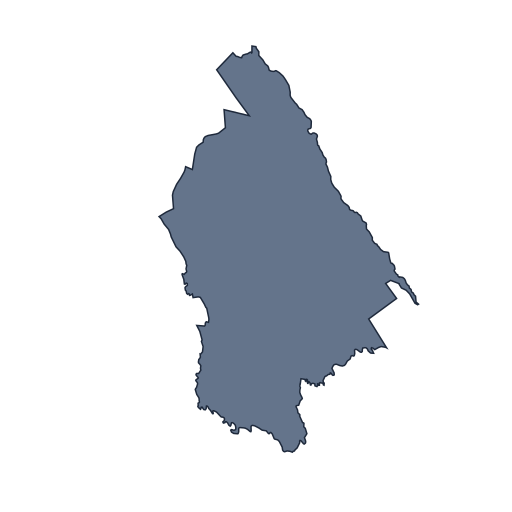 outline of Jeru pag., Rujienas, Latvia, rotated 242°
{"feature_id": "27541924B27109633258340", "entity_name": "Jeru pag.", "entity_type": "district", "adm_level": 2, "iso_a3": "LVA", "parent_name": "Latvia", "parent_adm1": "Rujienas", "projection": "equal_earth", "projection_center": [25.326, 57.845], "detail": "fine", "context": "isolated", "style": "filled", "palette": "slate", "viewbox_px": 512, "rotation_deg": 242, "n_neighbors": 0, "source": "geoboundaries", "source_scale": "gbopen_adm2", "svg_char_len": 6128}
<svg xmlns="http://www.w3.org/2000/svg" viewBox="0 0 512 512"><g transform="rotate(242 256 256)"><path d="M137.2,376.9L140.2,375.7L145.6,378.0L147.6,377.3L149.4,377.5L150.8,376.7L151.6,376.6L153.7,377.2L155.6,376.4L157.7,377.0L159.4,376.2L161.8,375.9L164.4,376.4L166.3,376.3L168.2,375.5L170.2,372.9L169.9,372.6L170.3,372.3L172.0,371.9L172.8,372.3L174.0,371.5L177.9,371.0L178.7,371.5L179.2,372.6L182.2,373.5L183.1,373.5L185.6,372.8L185.9,372.1L186.3,371.9L187.2,371.9L190.5,372.6L196.5,374.6L197.2,374.4L200.0,370.6L203.2,369.1L206.6,368.7L208.2,368.1L209.5,368.3L211.5,366.7L215.3,366.1L217.7,367.4L224.1,367.3L227.9,366.2L231.0,367.6L232.0,368.4L233.5,368.7L236.8,366.6L238.1,366.6L242.1,367.3L245.2,365.9L246.6,365.8L247.5,365.1L247.9,363.8L248.4,363.4L250.2,363.1L251.0,362.4L251.8,361.3L253.1,360.5L255.3,361.1L257.3,360.8L262.0,358.5L266.1,357.9L267.2,358.1L268.5,359.0L269.4,359.2L274.5,359.1L280.0,357.4L284.8,357.1L288.5,357.9L291.1,359.4L296.9,359.8L300.9,360.8L304.4,360.9L305.4,361.7L305.9,362.4L308.3,363.2L309.8,363.3L311.1,362.7L313.8,362.5L316.3,363.0L320.5,362.6L323.9,363.1L324.7,362.5L325.6,362.7L327.4,363.5L330.9,364.3L332.9,366.4L334.0,366.8L335.6,366.4L337.4,365.0L337.9,363.8L337.6,362.0L338.1,361.4L339.5,360.5L342.0,360.4L342.9,360.8L343.6,361.8L343.1,364.0L343.7,365.0L348.8,368.0L349.9,368.2L352.0,367.9L354.4,366.3L357.9,365.6L360.3,365.8L363.6,365.4L366.6,363.4L370.9,363.1L372.7,362.4L379.8,361.2L381.9,361.6L384.6,363.1L391.2,365.1L397.9,364.8L402.2,364.3L407.0,362.6L410.1,360.8L410.5,360.1L410.4,359.2L410.6,358.4L411.6,356.8L412.5,355.8L413.9,354.9L416.9,355.6L418.3,355.6L421.3,354.3L426.0,354.1L431.7,352.6L435.0,354.4L439.2,353.8L440.9,354.2L443.3,351.0L437.5,347.9L437.3,347.5L438.5,347.1L438.7,346.1L438.5,343.2L438.9,342.3L439.5,339.0L438.8,337.5L437.8,336.4L439.0,334.8L440.8,333.4L441.6,332.2L446.3,331.0L438.9,308.7L404.9,312.7L383.0,315.9L400.2,296.5L383.6,289.2L382.0,280.6L382.4,278.2L384.9,270.3L385.2,267.2L384.5,265.4L383.4,264.1L381.3,262.8L380.9,257.9L379.9,254.6L374.8,249.8L362.2,240.4L367.9,235.8L365.5,233.8L363.9,232.0L360.0,225.9L356.6,219.6L351.7,213.2L348.9,210.8L336.5,205.4L336.9,197.4L336.3,188.9L333.5,189.7L327.2,189.9L320.5,191.3L315.5,190.8L312.7,190.1L301.6,189.7L295.9,191.2L289.1,191.8L284.2,191.5L281.9,190.6L280.3,190.5L277.5,188.2L274.8,187.5L274.2,186.8L274.2,185.7L273.5,184.0L274.9,182.8L274.9,182.4L274.3,182.0L269.3,181.3L264.9,179.6L264.4,180.1L264.9,181.5L264.8,181.8L263.9,182.4L262.3,181.6L261.9,179.3L261.3,178.4L259.0,177.6L257.8,177.9L255.5,177.2L254.3,177.7L254.5,178.8L254.1,179.2L252.4,178.8L252.2,179.4L252.3,182.0L248.8,180.9L247.0,185.9L245.6,187.4L238.0,187.8L234.1,187.6L233.1,188.0L223.7,185.3L222.2,184.7L219.7,182.9L221.3,181.2L220.6,179.8L218.7,178.6L218.3,177.7L222.5,171.1L215.8,171.0L207.2,169.0L206.2,167.7L200.9,166.8L196.4,163.7L195.3,160.8L195.6,160.6L192.8,159.4L191.8,157.9L191.6,157.0L189.5,155.4L188.6,155.1L186.4,155.7L184.9,155.7L183.0,154.3L181.1,153.7L179.2,150.2L180.1,148.6L180.0,148.0L179.7,147.5L178.7,147.2L175.6,147.9L175.2,147.5L174.9,145.1L174.6,144.5L173.7,144.4L171.7,144.8L170.5,144.4L167.8,141.7L167.2,140.4L166.6,139.7L161.6,138.7L157.8,139.0L156.5,138.7L155.2,138.0L153.6,137.5L153.2,137.0L153.3,135.9L153.0,135.6L151.1,134.8L150.7,134.1L149.4,134.0L146.7,135.0L146.9,135.5L148.2,136.6L147.8,137.5L145.3,137.7L144.8,137.9L144.0,139.0L144.6,140.3L146.8,141.8L146.6,142.3L145.3,142.8L143.5,142.7L141.2,143.3L137.2,143.6L136.9,144.0L137.1,144.4L139.2,144.9L139.5,145.4L139.1,146.2L136.7,147.9L130.5,149.6L129.9,150.1L129.3,151.1L128.0,151.9L126.9,151.7L125.8,150.8L125.3,149.9L125.2,149.0L124.5,148.7L123.8,148.8L123.4,150.2L124.0,151.4L123.6,152.0L122.0,152.6L119.4,152.6L117.9,153.3L118.2,154.2L120.3,156.1L119.9,157.0L118.7,157.7L117.0,158.2L115.9,158.2L113.9,157.6L112.6,156.8L112.3,155.9L112.5,154.6L114.1,153.1L114.3,152.5L114.0,151.9L112.0,151.7L109.8,153.0L107.7,156.2L107.6,156.8L108.9,158.2L111.8,159.8L112.2,160.5L112.1,161.2L110.0,164.5L108.9,165.8L107.0,167.1L103.8,168.4L103.3,168.9L103.8,169.6L107.7,171.5L108.2,172.2L108.2,173.2L107.0,174.8L106.0,175.6L102.8,177.8L99.4,179.6L96.8,183.0L93.6,183.6L93.0,184.0L92.9,184.5L93.5,185.8L93.0,186.4L91.3,186.8L86.2,186.3L85.5,186.6L83.5,188.8L81.3,189.5L75.0,189.4L72.2,188.4L70.6,188.6L69.7,189.4L69.3,191.9L67.7,194.2L65.7,196.0L66.1,197.2L65.8,198.4L66.5,199.5L67.2,202.2L70.6,206.9L72.2,207.7L72.5,208.3L71.7,209.0L67.9,209.8L67.3,210.3L67.6,211.8L68.5,212.6L69.6,213.0L72.9,213.5L75.2,217.5L80.7,218.6L82.8,218.0L85.8,219.8L86.4,219.6L87.0,218.9L94.3,219.4L94.8,220.0L95.4,220.2L97.9,219.4L100.6,220.4L104.1,220.6L104.8,221.1L104.8,221.7L104.2,223.6L107.4,227.1L108.0,229.2L108.5,230.0L109.7,230.2L112.3,230.2L115.0,230.6L117.2,231.9L118.9,233.4L120.3,233.5L122.2,234.7L122.1,234.9L126.5,238.1L124.0,241.4L122.7,240.9L122.1,241.1L123.4,242.4L123.4,242.8L122.9,243.2L122.4,243.2L121.2,242.3L119.3,241.8L119.1,242.0L119.4,242.6L120.2,242.9L120.5,243.4L120.2,243.7L119.0,244.1L116.6,243.5L116.3,243.8L116.3,244.1L117.3,244.8L116.9,246.5L115.5,247.9L113.7,247.1L112.1,248.5L113.0,250.2L114.2,250.2L114.3,250.4L113.8,250.7L112.3,250.8L112.1,251.3L114.1,252.3L114.2,253.2L113.5,253.6L112.6,255.0L112.1,255.3L110.5,255.0L110.0,255.4L111.7,256.5L113.2,256.3L114.5,256.7L117.1,260.1L117.3,260.9L117.0,261.9L117.5,264.1L116.9,265.7L117.9,266.7L117.2,267.3L115.2,267.5L114.5,267.9L114.2,268.7L114.4,269.3L116.2,270.1L121.1,270.3L122.2,271.6L123.3,273.5L123.2,275.0L122.6,276.3L119.9,278.6L118.3,280.6L117.9,282.8L118.5,284.4L120.4,287.3L120.9,290.8L123.0,292.9L122.9,294.1L121.8,295.3L121.9,296.0L123.5,297.4L126.6,298.8L127.0,299.8L126.7,300.4L125.8,301.3L122.7,302.7L121.8,303.4L121.5,304.0L121.8,305.0L123.5,306.0L124.6,307.0L123.9,309.2L123.2,310.1L121.6,310.7L119.6,310.5L116.8,311.5L116.3,311.9L114.9,314.2L118.4,314.5L118.9,314.1L119.7,314.1L120.5,314.5L120.8,315.0L119.7,316.0L117.6,316.9L117.7,321.4L117.3,324.0L114.6,327.5L113.6,328.2L147.5,325.9L152.5,360.2L170.9,357.6L171.3,363.4L164.4,369.4L164.0,369.1L159.5,369.4L155.3,372.5L150.4,373.9L139.6,374.2L137.1,375.8L137.2,376.9Z" fill="#64748b" stroke="#1e293b" stroke-width="1.5"/></g></svg>